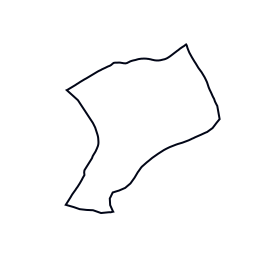 Az Zahir, Al Bayda', Yemen, rotated 239°
{"feature_id": "15242507B38205653347436", "entity_name": "Az Zahir", "entity_type": "district", "adm_level": 2, "iso_a3": "YEM", "parent_name": "Yemen", "parent_adm1": "Al Bayda'", "projection": "mercator", "projection_center": [45.434, 13.999], "detail": "fine", "context": "isolated", "style": "outline", "palette": "ink", "viewbox_px": 256, "rotation_deg": 239, "n_neighbors": 0, "source": "geoboundaries", "source_scale": "gbopen_adm2", "svg_char_len": 2701}
<svg xmlns="http://www.w3.org/2000/svg" viewBox="0 0 256 256"><g transform="rotate(239 128 128)"><path d="M169.7,220.8L169.6,219.8L169.4,218.3L169.4,216.4L169.3,214.8L169.2,213.2L168.9,211.5L168.8,209.9L168.6,208.3L168.4,206.3L168.2,204.7L168.0,202.9L167.8,201.0L167.7,199.0L167.7,197.4L167.9,195.7L168.1,194.8L168.2,194.4L168.4,193.9L168.9,192.3L169.4,190.7L170.1,189.1L171.0,187.5L172.1,186.0L172.8,185.2L173.3,184.7L174.4,183.5L175.1,182.9L175.5,182.4L176.7,181.1L177.1,180.5L177.7,179.8L178.6,178.5L179.5,177.0L180.4,175.4L181.1,173.8L181.7,172.3L182.0,171.2L182.2,170.5L182.3,170.0L182.6,169.0L183.2,167.3L183.7,165.5L184.0,163.9L184.0,163.3L184.1,162.2L184.2,160.6L184.7,159.1L185.0,158.7L185.7,157.7L186.9,156.3L188.1,154.9L189.0,153.5L189.2,153.1L189.7,152.1L190.6,150.7L191.2,149.2L191.0,147.7L190.7,146.0L190.7,144.4L191.0,142.9L191.2,141.0L191.3,139.5L191.5,137.8L191.6,136.7L191.7,136.0L191.7,134.4L191.9,132.9L192.0,131.0L192.0,129.3L192.0,127.6L192.0,126.0L192.0,124.4L192.0,122.8L192.0,121.3L192.0,119.3L192.0,117.7L192.1,115.8L192.1,114.0L192.1,112.2L192.1,110.5L192.0,108.6L192.0,106.8L191.9,105.2L191.9,103.4L191.9,101.7L191.9,99.7L191.9,97.7L191.9,96.0L192.0,95.0L177.6,99.4L150.3,100.5L145.3,100.1L141.4,99.2L138.4,98.5L136.6,98.0L135.0,97.4L134.8,97.3L133.0,96.4L131.1,95.4L129.6,94.4L128.2,93.1L126.9,91.4L125.8,89.9L125.6,89.5L124.9,88.6L124.0,87.0L123.0,85.0L122.6,84.3L122.0,83.2L120.9,81.9L120.5,81.3L116.1,72.6L114.2,68.9L112.6,67.6L110.1,66.4L109.8,65.9L109.4,65.1L108.5,63.5L107.3,61.6L106.2,59.6L106.0,59.3L105.2,57.8L104.4,56.2L103.5,54.4L102.7,52.5L101.8,50.7L101.7,50.4L101.2,49.2L100.5,47.6L99.8,46.0L99.0,44.5L98.2,43.1L97.5,41.7L94.2,35.1L88.2,40.7L83.3,44.8L79.1,50.3L75.5,55.7L69.0,61.1L65.5,68.5L64.7,69.7L64.6,70.0L64.2,71.3L63.9,72.2L64.6,72.2L71.1,73.0L77.0,76.1L77.7,77.3L80.6,81.7L80.5,82.0L80.2,83.3L79.7,85.4L79.0,88.1L78.1,94.8L78.4,96.5L79.2,101.5L82.0,108.0L84.6,112.8L85.2,113.9L85.3,114.3L87.3,118.8L87.7,120.0L88.9,126.5L89.1,128.1L89.9,133.4L90.0,134.8L90.2,137.7L90.4,140.4L90.6,147.3L90.5,149.6L90.3,152.1L90.1,154.1L89.0,160.6L88.6,162.5L87.4,167.1L86.2,173.6L85.9,176.4L85.9,176.9L85.6,179.0L85.5,180.6L84.8,185.9L84.6,187.4L84.5,188.5L84.1,192.1L83.8,194.0L83.9,194.6L84.4,200.5L86.9,206.8L88.2,210.4L88.4,211.1L101.0,215.9L101.8,215.9L103.4,216.0L105.9,216.2L108.7,216.8L111.1,216.9L113.6,217.2L114.3,217.3L116.1,217.5L118.5,217.7L121.3,218.1L123.9,218.7L126.6,219.3L129.5,219.6L132.0,219.8L134.8,219.8L137.9,219.8L141.0,219.5L143.3,219.3L145.8,219.3L148.4,219.3L150.9,219.2L153.4,219.2L155.8,219.2L158.3,219.3L161.0,219.4L163.7,219.8L166.0,220.2L168.6,220.9L169.5,220.8L169.7,220.8Z" fill="none" stroke="#020617" stroke-width="2"/></g></svg>